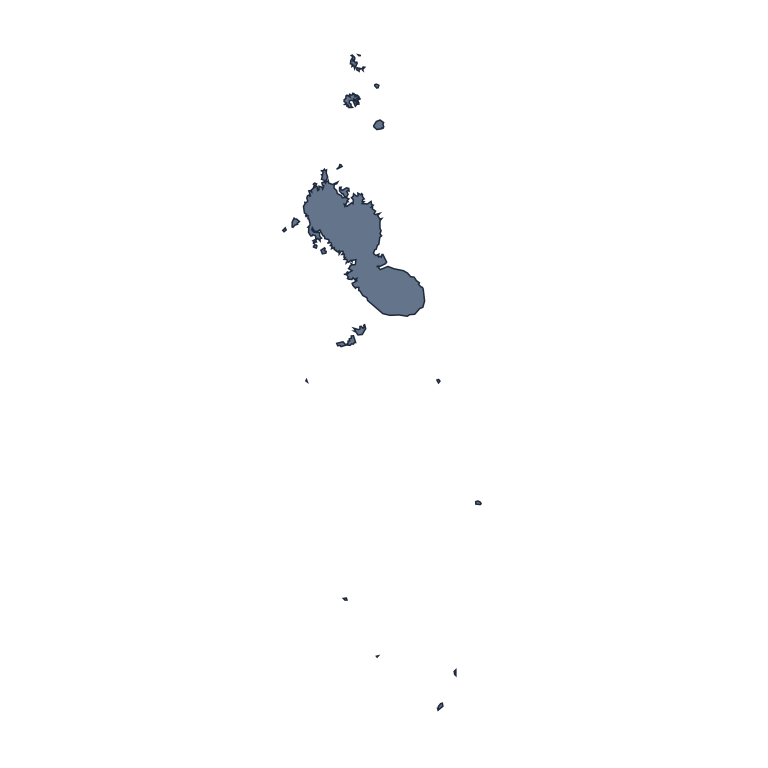 Kepulauan Sangihe, Sulawesi Utara, Indonesia (orthographic projection), rotated 173°
{"feature_id": "22746128B28296608330436", "entity_name": "Kepulauan Sangihe", "entity_type": "district", "adm_level": 2, "iso_a3": "IDN", "parent_name": "Indonesia", "parent_adm1": "Sulawesi Utara", "projection": "orthographic", "projection_center": [125.547, 3.902], "detail": "fine", "context": "isolated", "style": "filled", "palette": "slate", "viewbox_px": 768, "rotation_deg": 173, "n_neighbors": 0, "source": "geoboundaries", "source_scale": "gbopen_adm2", "svg_char_len": 6170}
<svg xmlns="http://www.w3.org/2000/svg" viewBox="0 0 768 768"><g transform="rotate(173 384 384)"><path d="M368.1,548.3L369.8,551.9L367.4,553.9L372.0,553.2L373.2,554.3L371.3,556.6L374.2,559.2L373.8,560.9L375.1,561.1L372.9,562.8L374.4,563.6L374.6,566.8L378.5,564.7L383.6,565.7L381.6,567.4L383.4,567.7L382.7,569.6L381.1,570.1L382.7,573.0L382.2,574.6L383.0,575.7L384.0,574.7L386.7,576.6L386.7,574.0L388.2,573.7L391.0,576.5L391.7,574.0L393.6,572.9L392.0,570.6L392.8,566.7L393.9,567.8L399.2,564.8L400.2,566.0L401.2,565.1L401.6,567.4L400.0,566.8L398.5,569.3L397.4,569.3L398.2,570.5L396.3,572.0L400.0,574.0L402.7,573.9L403.1,575.9L407.1,578.7L407.5,581.8L409.7,584.5L409.4,586.7L408.8,588.1L406.5,588.5L405.3,590.1L410.7,588.3L414.3,590.2L414.6,592.9L415.2,591.9L417.3,591.8L417.6,590.6L418.6,592.1L421.2,591.2L420.8,588.6L419.6,587.9L421.1,585.0L421.7,587.0L424.5,588.2L424.9,584.8L426.2,584.1L426.4,588.2L427.5,588.6L432.5,585.4L432.4,583.5L433.7,584.9L435.1,584.9L434.1,579.7L434.8,579.4L435.1,580.8L437.0,580.1L438.0,578.0L437.4,574.9L439.0,573.5L440.4,574.0L440.5,572.4L442.3,570.1L442.1,563.4L440.3,562.0L441.3,560.4L440.9,559.7L440.0,560.6L438.8,560.2L439.4,557.4L438.5,556.8L437.8,552.2L438.2,550.6L440.5,548.9L439.6,548.4L440.4,543.7L438.7,539.9L437.5,539.7L436.5,540.8L433.9,539.4L433.9,536.0L437.1,534.8L436.4,534.2L436.9,532.2L436.1,531.7L435.3,533.3L433.7,533.2L434.3,534.9L432.0,536.6L430.0,533.8L429.9,535.7L428.2,536.4L429.9,538.5L429.5,542.2L435.0,543.1L436.9,545.7L436.1,547.8L434.2,543.8L431.0,543.7L428.9,544.8L426.6,538.6L425.2,537.8L425.0,535.5L421.2,534.0L421.1,531.8L423.0,530.5L419.8,531.0L419.2,530.1L419.0,529.1L421.1,527.6L419.9,528.0L418.6,527.1L419.6,524.7L416.7,525.4L417.0,523.5L415.5,522.4L414.9,522.9L415.3,521.9L413.8,520.7L412.5,521.6L412.7,518.3L410.5,520.9L408.6,520.7L408.5,519.1L410.0,517.7L407.5,517.5L408.3,514.8L407.0,514.3L408.5,512.6L405.9,512.1L405.1,510.1L406.5,509.5L406.7,508.8L405.4,509.8L404.2,509.2L401.9,510.8L400.8,509.3L400.5,510.6L396.7,510.8L397.9,506.1L400.0,506.0L402.0,507.5L401.8,505.8L403.3,505.3L404.5,502.9L405.7,503.2L401.9,500.4L405.2,498.9L406.6,499.7L407.4,498.9L406.4,498.2L406.3,497.9L406.6,497.7L410.5,497.8L407.9,497.2L406.3,494.5L407.4,493.2L406.5,492.4L403.1,491.6L402.0,493.2L400.7,491.6L398.2,492.1L399.4,490.7L398.5,490.8L398.3,489.7L403.4,487.8L402.8,485.5L400.6,482.5L399.8,483.3L397.2,482.9L397.7,479.9L396.4,479.1L394.3,474.4L390.4,471.7L390.1,468.9L376.6,454.0L369.6,451.4L360.6,450.7L352.6,448.4L350.2,449.7L345.0,449.5L339.4,454.5L336.1,455.4L333.6,461.4L333.5,473.4L334.1,475.3L335.3,475.7L337.5,478.6L336.5,480.1L339.2,482.6L341.1,486.4L344.5,487.3L347.1,491.2L350.9,494.1L359.9,497.1L365.8,500.2L373.8,498.0L374.9,499.6L375.1,501.6L377.2,501.3L375.2,501.8L374.6,501.6L374.9,501.1L373.7,501.2L367.9,503.2L366.5,504.6L369.3,512.7L370.2,512.8L371.2,510.3L372.4,511.4L373.8,510.7L374.5,511.7L373.4,513.4L376.6,512.6L378.6,515.0L376.8,518.4L375.3,518.7L373.7,522.4L372.1,523.3L370.3,530.1L368.3,531.4L369.7,533.6L368.2,536.5L369.0,538.8L368.4,544.6L367.8,546.9L366.1,548.5L368.1,548.3ZM385.1,662.6L381.6,662.4L382.9,664.1L382.6,665.7L384.2,667.1L383.9,669.0L382.7,669.7L380.3,669.1L378.6,663.2L376.8,664.9L374.8,664.8L374.7,666.2L377.1,666.4L374.6,667.9L376.7,667.7L379.6,668.9L379.4,670.6L376.3,668.9L373.0,669.8L373.5,671.0L375.8,670.9L374.0,672.4L375.2,673.8L376.6,672.9L377.8,672.8L376.8,674.5L378.5,674.9L378.4,675.9L379.7,676.3L380.0,675.0L381.6,674.7L382.7,675.8L383.4,674.8L382.8,673.1L385.6,675.2L386.6,674.6L387.1,672.1L388.9,671.0L389.2,669.3L387.1,667.4L388.9,666.3L386.6,665.8L387.0,664.4L386.1,663.7L385.5,664.4L385.1,662.6ZM416.5,427.3L412.8,426.5L411.4,427.8L409.5,427.3L408.4,428.7L407.1,428.6L408.4,435.6L410.6,435.7L410.8,433.5L413.0,433.0L412.8,431.1L414.4,431.0L414.9,428.5L417.3,427.7L419.6,430.9L426.0,430.1L425.3,427.6L422.9,427.6L422.1,426.3L416.5,427.3ZM360.0,637.4L355.1,637.6L354.9,638.5L353.7,638.0L352.9,639.3L353.4,642.1L352.5,643.5L355.7,646.5L359.6,645.5L362.8,641.6L362.7,640.4L360.0,637.4ZM403.9,435.9L399.6,435.8L395.4,441.2L396.0,445.2L397.0,444.8L396.8,443.2L397.9,441.8L399.7,444.1L400.9,444.0L401.1,441.6L402.7,441.1L407.3,443.1L405.9,441.1L406.0,440.1L407.3,440.2L405.3,438.8L403.9,435.9ZM401.4,577.8L400.4,575.2L398.4,573.8L396.5,576.8L397.5,579.7L396.4,580.4L395.2,579.7L395.1,582.4L397.3,583.3L401.8,581.3L403.3,583.0L402.5,584.5L404.1,584.6L404.6,581.1L402.3,577.7L401.4,577.8ZM418.9,593.8L417.5,591.7L414.7,596.2L415.6,600.3L415.0,603.5L416.3,603.0L417.0,604.5L418.3,603.1L420.8,603.5L419.3,602.9L418.7,601.2L419.5,599.4L420.5,599.3L419.8,598.1L421.1,594.8L418.9,593.8ZM456.1,551.1L455.3,550.6L453.1,552.5L450.3,553.1L450.5,554.0L448.1,555.5L450.7,558.4L453.2,558.8L452.7,560.2L455.4,555.9L456.1,551.1ZM375.2,703.9L374.7,700.4L371.5,705.7L371.8,706.8L373.3,706.4L374.1,708.2L375.6,708.5L375.2,709.7L374.5,708.6L373.4,710.0L373.3,711.8L375.5,714.4L376.5,714.0L375.4,713.1L375.5,711.7L377.5,709.2L378.3,705.9L376.5,705.1L377.1,703.1L375.2,703.9ZM429.3,520.7L425.7,521.0L425.2,522.7L427.0,523.7L425.9,525.5L426.4,526.4L430.3,524.5L429.3,520.7ZM370.1,53.6L364.8,57.0L365.0,60.1L366.8,59.8L369.3,57.3L369.6,55.5L370.4,55.6L370.1,53.6ZM303.2,252.6L302.2,253.3L302.7,254.9L304.9,256.4L307.3,256.1L307.5,253.6L303.2,252.6ZM355.1,678.6L353.7,678.8L352.7,681.1L354.9,682.5L356.5,682.3L356.9,681.3L355.1,678.6ZM404.9,602.9L399.1,605.0L400.0,606.8L401.1,607.2L402.2,604.7L404.9,602.9ZM434.7,527.1L433.7,529.2L434.6,530.5L437.1,529.5L437.3,528.5L434.7,527.1ZM428.9,589.6L430.0,587.7L427.6,588.8L426.5,590.9L428.6,591.9L429.8,590.9L428.9,589.6ZM349.4,90.2L349.3,87.2L348.2,85.8L347.5,91.6L349.4,90.2ZM331.0,381.5L329.8,378.4L328.2,379.8L328.4,380.9L329.5,381.9L331.0,381.5ZM465.8,548.8L464.6,547.3L462.3,548.8L463.0,551.0L465.8,548.8ZM449.0,174.2L447.0,174.1L447.5,176.2L450.5,176.1L449.0,174.2ZM372.8,699.2L370.6,697.5L370.6,698.6L368.5,699.9L372.3,701.2L372.8,699.2ZM367.4,699.4L367.1,698.2L366.7,697.8L366.9,698.7L364.5,700.7L366.1,701.2L367.4,699.4ZM424.7,114.7L424.1,113.7L422.8,114.9L424.7,114.7ZM369.0,712.9L366.9,712.8L369.6,713.9L369.0,712.9ZM461.2,396.6L459.8,395.3L460.4,397.8L461.2,396.6Z" fill="#64748b" stroke="#1e293b" stroke-width="1.5"/></g></svg>